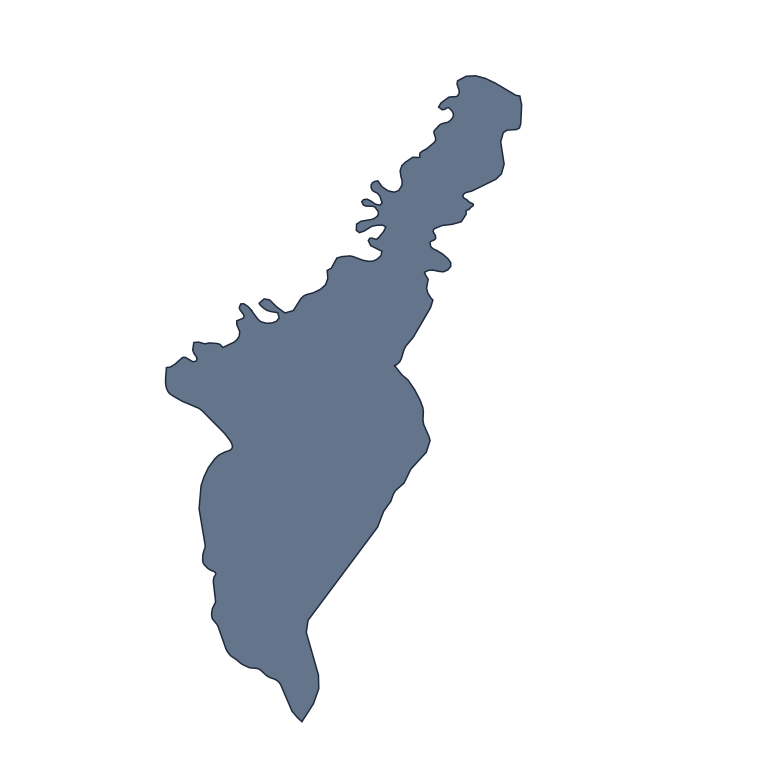 an SVG outline of Chernivtsi, rotated 313°
{"feature_id": "UKR-288", "entity_name": "Chernivtsi", "entity_type": "Region", "adm_level": 1, "iso_a3": "UKR", "parent_name": "Ukraine", "parent_adm1": "", "projection": "mercator", "projection_center": [26.206, 48.196], "detail": "fine", "context": "isolated", "style": "filled", "palette": "slate", "viewbox_px": 768, "rotation_deg": 313, "n_neighbors": 0, "source": "natural_earth", "source_scale": "10m", "svg_char_len": 4308}
<svg xmlns="http://www.w3.org/2000/svg" viewBox="0 0 768 768"><g transform="rotate(313 384 384)"><path d="M478.7,362.6L471.5,366.0L441.8,372.7L437.9,373.6L426.8,374.1L422.8,375.2L415.0,379.1L411.0,380.4L406.6,380.0L404.7,379.1L402.9,390.8L403.3,398.8L400.8,410.0L397.0,420.9L393.3,428.4L390.5,431.8L384.3,437.0L381.4,440.7L376.2,452.8L374.0,456.3L362.8,461.5L357.4,461.5L340.1,461.7L325.2,466.2L313.9,465.1L310.0,465.9L302.8,469.0L290.5,470.6L275.0,476.9L159.4,489.6L149.3,496.6L126.5,534.5L116.7,544.1L101.9,550.5L84.2,553.7L81.0,554.3L81.0,554.1L81.0,549.9L81.0,548.2L81.9,540.2L82.3,539.1L93.3,514.2L94.2,511.4L94.2,510.0L94.2,508.6L94.0,507.2L93.7,505.9L93.3,504.8L91.4,500.5L90.8,498.0L90.6,496.7L90.6,489.3L90.4,488.0L90.1,486.7L89.6,485.7L89.1,484.7L85.5,480.2L84.9,479.2L84.4,478.2L82.5,472.4L82.0,469.8L81.7,464.1L80.7,457.6L80.8,456.1L80.9,455.0L81.5,451.8L82.4,449.2L93.0,429.0L94.2,426.1L95.0,420.0L95.2,418.6L96.3,416.9L97.9,415.0L101.9,412.1L104.3,411.1L108.7,409.9L109.7,409.3L110.6,408.6L122.8,394.2L125.3,392.2L127.4,391.2L128.8,391.1L130.0,390.7L130.8,389.9L131.1,388.2L130.7,386.9L129.8,384.7L129.4,383.5L129.2,382.2L129.0,380.8L129.1,377.8L129.2,376.3L129.5,374.9L129.9,373.6L131.0,372.1L132.6,370.4L136.0,367.7L139.4,365.9L142.0,364.9L144.0,363.3L166.7,333.8L184.8,319.6L193.5,315.6L203.1,312.6L213.8,311.3L218.6,311.6L221.3,312.3L226.1,314.2L228.4,315.6L230.5,316.5L231.8,316.8L233.2,316.7L234.4,316.2L235.5,315.1L236.7,313.0L237.6,310.2L239.1,301.1L240.4,269.5L240.1,265.6L233.8,248.4L231.4,238.3L230.8,234.1L230.9,232.5L231.3,230.7L232.6,227.8L233.7,226.1L235.8,223.5L238.7,220.8L247.6,213.7L250.5,216.1L255.8,217.6L266.1,218.6L268.0,220.5L269.9,229.0L272.6,231.0L275.1,230.0L276.1,227.4L276.7,224.2L278.3,221.0L284.6,216.6L288.2,219.8L291.1,225.5L295.2,228.5L300.2,234.9L301.1,237.1L300.9,240.3L301.0,241.3L312.4,245.8L316.2,246.2L320.1,245.6L323.9,242.8L327.1,235.7L329.8,233.2L335.7,236.0L337.9,235.8L339.0,233.9L340.0,228.1L341.1,226.1L344.8,224.6L347.0,226.6L347.9,231.5L347.5,238.3L347.5,235.8L345.4,247.6L345.6,251.6L348.3,256.6L352.0,260.3L356.6,262.6L360.8,262.2L363.7,257.7L360.0,252.1L358.1,248.4L357.3,244.3L357.3,239.2L357.9,237.6L364.5,238.3L367.5,242.9L367.2,253.0L368.4,263.1L375.8,267.6L389.5,265.0L393.7,265.2L396.6,266.4L402.5,270.1L410.1,273.0L416.8,273.5L422.8,271.0L428.3,265.0L432.7,266.5L444.0,263.6L448.4,266.3L454.5,271.8L456.2,274.7L460.3,284.6L463.4,289.3L466.6,292.3L470.5,293.8L475.8,294.3L479.6,291.9L476.1,279.8L478.2,274.7L480.9,274.2L482.6,275.9L483.7,278.3L484.7,279.8L487.2,280.2L495.1,279.8L500.1,278.2L499.2,274.6L495.3,270.6L491.2,267.6L482.3,265.2L477.9,262.8L477.4,259.0L482.2,254.9L487.4,256.2L496.0,262.8L499.5,264.3L503.2,264.6L506.1,262.5L507.2,256.6L506.2,254.4L501.8,249.5L500.8,246.8L502.1,243.4L504.8,243.3L507.6,245.5L508.8,249.2L509.7,255.2L512.0,259.1L515.2,259.0L518.6,252.8L519.0,249.2L517.6,243.9L518.6,240.9L521.0,238.7L523.5,238.3L526.0,239.2L528.4,240.9L526.9,248.2L528.1,255.3L531.3,260.7L535.5,262.8L541.6,261.6L544.9,258.7L547.4,254.7L550.9,250.4L555.8,248.2L560.9,248.4L569.5,250.4L572.7,254.2L574.2,255.5L575.2,254.9L576.1,253.6L577.5,252.8L580.4,253.2L585.1,254.8L595.3,256.0L597.6,255.5L599.1,253.9L601.9,249.0L603.2,248.0L611.4,248.0L613.9,248.8L619.1,252.2L622.0,252.8L624.6,252.7L626.9,252.1L628.8,250.6L630.0,248.0L630.3,243.1L628.8,241.6L626.4,241.2L624.2,239.6L623.8,235.0L628.6,234.0L638.0,235.8L640.3,237.7L642.2,239.8L644.4,241.3L647.5,240.9L649.9,238.8L653.1,232.9L655.9,231.0L665.1,234.2L671.8,240.7L676.6,249.6L680.0,260.4L685.0,283.4L687.2,286.8L687.3,286.9L681.9,294.4L667.6,306.5L663.6,308.5L660.4,307.3L653.7,301.0L649.2,299.8L640.7,304.2L628.0,320.3L626.7,321.9L617.7,326.6L610.0,326.2L584.9,316.6L580.0,313.4L577.5,312.7L574.8,313.6L574.6,316.2L575.3,319.2L575.2,321.6L575.4,323.0L576.1,324.9L576.4,326.7L575.2,327.6L572.3,327.0L569.7,327.2L568.1,326.2L566.4,326.0L564.2,328.3L555.3,329.9L547.2,324.9L539.4,318.3L531.6,314.8L529.1,315.7L528.3,317.9L527.6,320.5L525.6,322.6L523.9,322.6L520.1,321.0L518.8,321.1L516.3,324.6L516.4,327.8L517.8,332.1L519.1,338.9L519.2,345.5L518.2,350.1L515.5,352.6L510.9,352.9L506.5,350.9L503.6,347.1L501.1,342.8L497.9,339.2L493.3,337.4L491.9,340.4L490.7,344.9L483.0,349.9L480.4,354.1L478.9,359.7L478.7,362.6Z" fill="#64748b" stroke="#1e293b" stroke-width="1.5"/></g></svg>